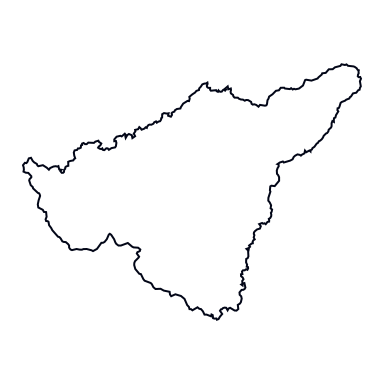 Monte Alegre de Goiás, Goiás, Brazil (Natural Earth projection)
{"feature_id": "56859067B90093071005547", "entity_name": "Monte Alegre de Goiás", "entity_type": "district", "adm_level": 2, "iso_a3": "BRA", "parent_name": "Brazil", "parent_adm1": "Goiás", "projection": "natural_earth1", "projection_center": [-46.903, -13.311], "detail": "fine", "context": "isolated", "style": "outline", "palette": "ink", "viewbox_px": 384, "rotation_deg": 0, "n_neighbors": 0, "source": "geoboundaries", "source_scale": "gbopen_adm2", "svg_char_len": 5923}
<svg xmlns="http://www.w3.org/2000/svg" viewBox="0 0 384 384"><path d="M23.5,171.6L25.8,172.7L28.3,172.9L31.3,176.2L31.3,177.4L29.6,179.1L29.2,180.5L30.7,185.1L32.8,187.1L33.1,188.4L37.9,192.9L39.1,193.3L39.7,194.4L40.1,195.9L38.6,200.4L37.8,204.4L38.3,207.5L42.8,209.8L43.9,211.9L46.1,212.1L46.6,216.8L45.6,219.3L46.1,221.0L47.7,221.2L48.5,221.8L49.1,225.2L51.2,228.0L52.3,230.2L58.0,236.7L59.4,237.1L60.7,238.5L62.3,241.3L63.6,241.9L65.8,242.1L68.2,244.2L69.1,245.5L69.1,247.4L69.7,248.6L70.7,249.6L72.0,250.1L76.6,249.0L79.5,249.6L81.9,249.7L83.4,249.1L86.7,249.0L91.6,250.3L93.0,251.1L97.0,248.9L101.4,242.8L102.9,242.8L104.5,242.0L106.8,239.2L108.8,234.6L109.8,233.8L111.2,234.8L114.1,239.2L115.4,242.5L116.3,243.9L118.4,245.5L121.0,245.5L127.8,243.0L132.2,246.7L133.6,247.4L138.1,247.7L140.3,249.5L139.8,251.1L137.4,252.2L136.8,253.5L139.1,256.7L138.4,257.8L135.0,261.2L134.3,263.0L134.2,265.1L135.3,269.0L139.3,273.8L140.9,274.1L143.4,279.2L144.6,280.7L150.7,283.0L151.8,284.1L153.4,287.2L155.5,289.0L160.6,288.8L163.8,290.6L169.6,291.8L170.0,294.5L171.2,296.2L175.4,294.3L181.0,296.0L184.5,298.9L187.2,305.1L188.9,306.9L189.5,309.1L191.1,309.2L192.4,310.3L197.5,307.3L199.3,308.8L201.0,309.1L202.9,311.3L204.5,314.6L206.6,314.6L211.0,316.3L211.5,314.5L212.7,315.1L213.1,318.2L214.4,318.6L216.4,318.5L216.9,319.7L218.5,319.1L220.0,316.6L222.2,314.0L220.0,310.8L220.9,309.4L221.9,309.2L223.0,308.1L224.6,307.6L226.2,307.8L227.6,310.3L228.6,308.5L230.1,307.8L234.6,310.5L236.5,310.6L238.3,309.0L237.8,304.9L239.9,303.6L240.9,302.1L241.7,298.6L241.2,296.3L239.7,294.8L239.5,292.4L241.6,289.9L243.3,289.8L244.6,289.0L245.4,287.6L244.4,283.1L242.5,283.8L242.2,281.0L243.5,279.2L242.7,277.5L241.1,276.2L241.0,274.3L242.4,274.1L242.0,271.5L243.0,270.3L244.7,270.3L246.2,269.2L247.4,269.8L248.1,268.5L248.0,267.1L246.7,266.7L247.1,264.7L246.1,262.4L246.2,259.0L247.7,258.1L248.4,256.4L248.1,250.5L246.5,248.9L247.8,248.4L248.7,249.4L249.0,247.7L250.0,246.8L249.1,245.5L251.7,243.5L252.8,243.3L252.7,241.5L253.4,240.2L254.7,239.4L253.7,237.4L254.4,235.1L253.8,233.9L254.0,232.4L254.9,231.2L257.1,229.4L259.9,228.6L260.8,226.2L259.2,224.1L262.1,223.0L263.1,223.7L264.5,223.3L265.7,224.2L267.5,221.9L269.1,221.6L269.2,220.2L268.8,218.9L270.3,217.9L271.2,216.2L271.3,214.7L270.9,212.9L271.6,211.9L272.1,209.5L270.6,208.4L271.1,205.3L269.7,202.4L268.3,200.7L268.4,197.8L270.4,191.6L269.9,190.3L270.3,186.4L271.4,185.7L274.7,186.1L279.1,180.8L279.1,177.2L278.2,175.2L277.0,173.8L276.8,170.5L277.5,168.3L278.7,166.3L278.6,164.5L277.5,164.1L279.8,162.5L282.9,161.5L283.8,162.5L290.2,160.6L292.6,159.3L293.7,157.0L295.1,155.7L297.5,154.4L299.9,154.9L300.9,155.6L302.0,154.6L304.4,153.4L305.0,150.6L306.3,152.2L309.4,150.5L310.5,151.5L310.6,150.2L311.9,149.5L312.5,148.1L314.4,146.8L316.7,143.6L318.0,142.8L318.8,141.3L320.2,140.6L321.8,139.2L323.0,137.5L323.7,135.8L326.0,133.5L327.2,133.0L328.3,131.5L328.7,129.7L331.1,127.5L331.6,126.1L331.6,123.2L332.4,121.1L333.9,121.9L333.8,120.2L334.0,118.2L335.4,117.5L336.0,115.1L338.3,111.4L337.4,110.1L337.6,108.3L338.7,108.1L339.4,106.9L340.6,102.9L341.7,102.0L345.0,100.7L346.2,99.7L349.3,98.5L349.9,97.2L351.0,96.5L353.0,93.4L356.3,92.7L358.1,90.3L359.6,89.7L359.9,88.0L360.8,86.3L359.9,81.2L361.0,78.7L360.2,77.0L358.9,77.2L357.8,76.4L358.0,74.7L358.7,73.2L358.5,71.6L358.8,70.3L357.7,69.9L356.6,68.2L354.6,66.8L353.4,66.4L348.0,65.8L346.5,64.4L345.0,65.0L341.5,64.3L340.4,65.9L335.0,67.3L332.7,69.2L328.8,69.3L325.7,72.9L322.2,73.3L321.7,74.6L318.4,77.4L317.6,78.5L311.5,80.6L306.1,79.7L305.1,80.1L303.0,85.5L298.9,88.6L295.4,89.3L294.0,88.8L292.7,89.5L291.1,88.2L289.9,89.1L284.9,88.5L284.1,87.7L280.7,87.8L278.9,90.3L275.9,90.8L272.5,94.3L269.1,96.6L268.5,98.7L267.5,100.2L267.0,104.0L266.4,105.3L265.0,105.7L260.0,104.9L258.5,106.7L256.2,104.9L254.3,104.3L252.7,104.6L251.6,103.8L251.1,101.9L248.1,100.1L246.1,100.0L244.8,100.7L242.9,99.6L240.9,99.5L238.9,98.7L237.9,97.7L234.5,97.6L233.4,96.4L233.1,95.0L230.9,93.4L230.6,91.7L231.0,90.0L230.8,88.5L228.3,89.3L227.7,86.4L225.1,88.6L226.0,89.5L225.1,90.6L223.9,89.5L222.8,90.2L221.9,91.5L220.8,91.8L219.5,91.5L218.5,90.4L217.9,91.8L216.6,91.2L216.1,90.2L210.9,90.7L210.1,89.7L210.1,87.9L208.3,87.9L207.2,87.1L206.8,85.9L207.6,83.8L207.4,82.6L206.0,83.5L204.3,83.6L202.3,84.4L200.8,86.7L199.2,88.4L199.0,90.0L196.4,90.9L195.0,92.6L192.4,94.3L189.3,96.9L189.7,98.7L189.0,101.1L187.5,100.9L183.2,103.6L180.9,107.1L180.4,108.5L176.9,109.0L174.9,110.3L174.4,111.6L172.4,112.4L171.6,113.2L172.0,114.9L170.9,116.7L168.1,115.7L168.6,113.3L167.0,113.6L164.0,113.1L162.2,114.2L162.1,117.6L161.2,118.2L161.1,119.6L160.1,121.2L158.4,121.6L156.8,122.7L156.0,121.4L154.2,122.3L153.4,123.7L151.4,124.7L149.6,124.6L148.5,125.0L147.1,126.7L146.8,127.9L145.6,127.3L144.4,128.6L141.6,129.7L140.5,128.1L139.3,127.1L138.1,129.2L135.1,129.9L135.4,131.3L133.8,133.6L135.1,136.2L132.4,138.1L131.8,135.2L128.9,134.0L127.3,135.1L125.7,137.9L125.3,136.2L125.7,134.8L124.8,133.7L121.7,136.4L120.3,135.8L116.6,136.7L114.3,139.4L114.3,141.2L115.9,141.0L116.4,142.9L115.9,146.2L115.1,147.4L111.5,148.1L108.9,149.8L107.7,148.4L106.3,148.3L104.4,150.1L103.1,150.0L102.3,148.4L101.4,149.1L99.7,148.7L98.1,147.7L98.7,146.6L100.4,145.3L101.3,143.5L99.0,141.9L98.4,140.7L95.4,141.6L93.9,142.9L88.3,142.6L86.7,144.1L85.0,144.1L83.6,143.0L82.1,143.6L82.1,145.0L81.0,145.4L80.8,147.7L79.1,148.5L78.0,148.4L77.1,149.9L74.6,150.4L73.8,152.5L74.3,155.8L75.2,158.3L74.0,159.2L73.3,160.4L70.1,161.0L68.2,161.8L68.3,165.8L66.3,166.4L65.3,167.3L65.2,168.8L64.3,169.6L63.9,172.1L63.1,172.8L61.7,172.8L60.3,171.0L61.5,169.8L59.2,169.4L58.4,166.1L57.3,166.6L55.8,166.2L53.5,166.5L50.2,168.0L48.9,169.7L46.8,167.7L42.9,165.2L38.3,166.2L37.4,165.4L36.8,163.9L34.2,162.4L32.7,160.9L31.0,157.8L28.8,158.4L27.4,161.9L26.4,163.1L24.9,162.8L23.0,165.2L23.7,167.3L23.9,169.7L23.5,171.6ZM242.5,283.8L242.5,285.4L241.3,284.5L242.5,283.8Z" fill="none" stroke="#020617" stroke-width="2"/></svg>